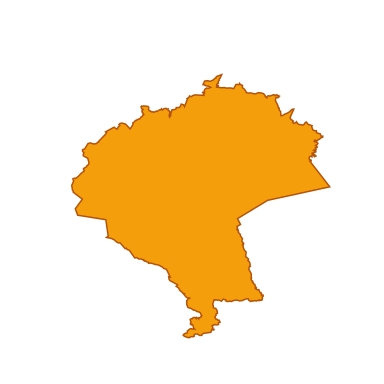 Bocoyna, Chihuahua, Mexico (Robinson projection), rotated 301°
{"feature_id": "50627088B40912895688063", "entity_name": "Bocoyna", "entity_type": "district", "adm_level": 2, "iso_a3": "MEX", "parent_name": "Mexico", "parent_adm1": "Chihuahua", "projection": "robinson", "projection_center": [-107.606, 27.815], "detail": "fine", "context": "isolated", "style": "filled", "palette": "amber", "viewbox_px": 384, "rotation_deg": 301, "n_neighbors": 0, "source": "geoboundaries", "source_scale": "gbopen_adm2", "svg_char_len": 6042}
<svg xmlns="http://www.w3.org/2000/svg" viewBox="0 0 384 384"><g transform="rotate(301 192 192)"><path d="M69.6,268.2L70.7,267.3L72.0,268.0L73.0,269.6L73.0,272.4L74.1,274.2L75.1,274.0L76.7,274.6L81.4,280.4L84.1,279.9L84.9,281.7L85.3,281.8L85.7,281.3L85.3,280.5L85.6,279.8L86.7,279.6L87.6,278.2L88.2,278.0L88.8,279.0L90.1,279.7L90.5,281.2L92.0,283.0L93.6,282.0L94.8,283.1L96.1,281.4L95.5,279.9L95.8,279.1L95.4,277.9L96.5,276.0L98.5,276.2L100.0,275.4L101.0,276.3L101.5,276.1L102.5,275.0L103.0,275.0L104.5,272.3L103.8,270.5L104.1,269.6L105.8,268.6L106.4,267.5L111.0,266.5L111.1,267.5L112.0,267.9L112.3,269.5L113.2,270.7L113.6,273.5L116.2,273.9L116.9,276.5L116.1,276.8L116.2,278.6L118.2,281.0L118.4,282.2L120.4,283.5L122.5,286.1L123.1,288.7L124.9,291.1L127.6,292.9L129.5,295.1L128.5,296.4L128.3,298.6L129.8,299.6L129.7,300.2L131.4,302.0L131.6,303.2L132.9,304.1L133.2,305.0L134.3,305.4L134.0,306.0L134.4,306.1L135.1,307.6L136.7,307.4L138.0,306.3L139.5,306.7L140.3,305.9L139.4,304.6L140.7,303.9L141.2,303.1L140.8,302.7L141.0,301.9L142.7,299.5L142.1,299.0L141.7,297.4L142.5,296.7L141.9,296.0L142.4,295.6L143.3,296.1L143.7,294.6L144.9,293.9L145.2,291.9L145.8,290.5L146.2,290.7L146.3,289.9L146.9,289.6L146.9,288.5L148.0,287.3L148.9,287.4L149.2,286.7L152.3,285.1L155.1,280.4L156.9,279.7L158.3,280.2L158.3,279.6L159.5,279.4L161.1,278.0L161.9,276.6L162.0,275.3L162.9,275.3L163.8,274.5L164.3,271.2L168.4,269.4L169.2,266.7L171.1,264.2L172.7,263.3L172.7,262.6L174.1,263.0L174.1,262.3L174.8,262.2L174.8,261.5L175.6,260.0L178.0,259.3L179.3,256.1L180.2,255.6L180.9,254.2L181.1,252.7L182.3,252.1L183.0,249.7L183.6,249.7L183.7,250.4L185.5,248.3L189.2,250.3L192.6,244.7L223.8,261.1L267.4,307.4L279.1,277.2L280.0,278.2L280.7,277.7L280.3,276.2L280.7,275.4L282.4,274.6L283.3,274.8L284.0,276.8L285.1,275.9L285.7,275.9L286.1,277.0L285.3,278.7L286.7,279.7L287.2,277.4L286.8,275.7L287.1,275.0L290.1,277.5L290.5,277.3L290.2,274.7L290.9,275.0L291.5,276.6L292.6,276.4L292.7,275.5L293.4,274.9L294.6,276.2L295.1,276.2L295.6,273.9L297.1,274.9L298.6,274.8L299.1,272.5L298.1,271.3L298.4,270.6L299.4,270.4L299.9,270.8L300.0,272.3L300.6,273.0L301.7,273.1L302.9,274.1L305.0,274.6L306.1,275.8L307.2,275.4L306.4,274.0L307.9,271.9L306.9,268.3L308.6,267.0L307.9,266.1L307.4,263.7L309.7,260.9L310.7,260.8L309.8,256.6L310.9,254.1L310.0,253.3L308.0,253.3L306.4,252.6L304.8,248.0L306.0,245.3L305.0,245.3L303.1,243.7L303.7,242.3L305.0,242.3L305.3,239.0L306.4,237.7L315.5,236.6L314.9,235.7L313.4,234.8L311.1,234.4L307.4,232.3L306.5,231.3L304.3,230.3L303.2,228.9L306.5,226.6L307.4,224.3L308.8,223.6L308.7,223.0L309.1,222.1L310.3,221.2L313.4,216.3L316.2,215.4L316.9,216.1L316.9,217.0L318.2,217.5L318.5,217.1L319.1,217.4L319.0,216.6L319.6,216.0L319.1,216.2L318.8,214.1L317.3,213.6L317.6,212.0L314.6,209.6L313.7,207.7L312.2,207.1L311.3,207.6L311.5,205.6L312.4,205.0L313.1,202.8L312.5,200.1L311.2,197.5L309.1,196.2L308.3,195.0L307.0,190.8L306.0,189.8L305.3,187.8L305.2,187.2L306.0,186.5L307.1,184.0L307.4,181.5L309.4,180.3L309.0,178.2L309.5,177.0L308.7,177.3L306.8,174.3L302.1,174.5L301.1,171.5L298.8,168.0L298.1,165.7L296.8,164.1L294.5,159.0L295.3,158.6L296.0,160.0L296.7,159.8L296.5,158.4L296.8,157.9L297.9,157.8L298.6,158.7L300.1,157.6L302.0,157.8L302.6,157.1L304.1,157.5L307.9,157.0L303.6,153.5L302.1,153.8L301.8,153.3L299.2,152.6L296.3,150.7L295.4,148.0L293.6,145.7L289.7,146.1L290.3,148.3L290.2,149.3L291.2,151.6L291.3,154.1L289.3,152.6L288.7,151.1L287.0,150.2L285.2,150.3L284.1,151.2L283.0,149.8L282.6,149.9L282.9,151.8L281.3,151.5L280.9,152.4L276.9,144.7L275.1,143.0L273.4,142.3L273.0,140.4L271.9,140.7L269.6,139.7L269.6,140.2L261.3,141.6L262.4,139.9L261.8,137.5L260.1,137.9L257.9,137.6L256.2,135.0L255.2,135.5L254.0,135.0L252.2,132.5L247.2,133.7L246.7,134.4L244.6,134.2L245.5,133.2L249.4,131.8L249.9,130.3L249.6,129.9L250.2,128.9L250.9,128.8L250.2,127.9L250.4,126.9L249.2,125.2L246.9,124.3L247.7,123.0L246.2,122.7L245.5,121.7L243.3,120.8L242.7,120.0L242.9,119.7L240.5,118.1L240.7,117.3L239.8,116.0L240.1,114.5L239.6,113.7L240.5,112.2L242.2,111.4L242.7,110.2L240.9,106.2L240.0,105.5L239.7,104.5L238.8,104.4L237.4,106.0L237.6,107.5L235.8,107.3L235.2,107.7L235.0,108.3L234.4,108.5L234.4,109.4L233.5,110.8L232.7,110.1L231.2,110.5L229.7,109.6L228.0,109.6L225.8,107.7L225.0,107.7L224.2,106.7L221.5,106.2L221.1,105.7L219.0,106.7L214.2,106.5L216.0,100.0L215.0,96.5L213.8,95.1L212.3,94.6L211.7,95.9L209.4,95.2L207.8,95.6L207.1,95.1L207.4,91.8L199.0,86.9L198.8,88.2L197.2,88.2L187.4,85.9L186.5,86.2L186.3,85.7L184.1,85.0L182.5,82.9L181.7,79.5L180.0,77.9L173.3,77.8L172.1,76.4L171.5,76.5L170.4,77.4L170.0,79.3L168.3,79.3L167.0,80.2L167.2,85.3L164.1,88.5L162.6,89.2L160.3,88.4L159.2,88.6L156.4,87.0L155.9,87.0L154.6,88.8L150.7,87.3L146.8,86.5L143.7,85.2L143.3,84.1L142.1,83.1L140.9,84.1L140.6,84.9L135.7,85.5L132.0,88.6L131.4,90.0L130.6,90.4L129.4,101.7L117.5,100.6L113.2,106.0L123.9,132.4L111.0,142.9L109.0,142.1L110.7,147.0L110.9,150.2L110.3,153.6L110.5,155.3L111.4,156.5L109.0,163.9L110.0,164.6L109.3,166.1L109.8,168.2L106.0,176.9L107.4,178.5L107.1,180.7L108.4,182.9L108.6,185.0L109.1,185.4L108.5,185.8L108.6,186.6L108.3,186.8L109.0,187.9L108.8,189.1L109.3,190.6L108.5,191.5L109.4,192.5L110.4,195.1L110.8,197.4L112.1,200.6L112.4,205.2L111.9,207.2L112.6,209.9L107.9,217.1L107.4,215.6L105.4,217.3L104.7,218.6L105.1,227.4L104.5,227.6L103.0,227.0L102.8,229.8L101.2,232.8L101.2,234.5L100.6,235.9L100.8,237.9L100.2,237.6L98.9,241.1L99.0,243.0L100.0,244.6L99.6,244.8L98.9,243.9L96.1,243.4L92.8,245.5L90.9,248.1L91.7,251.2L91.5,254.1L92.2,255.4L92.1,257.8L92.8,260.2L92.7,261.4L91.3,263.1L91.2,264.0L89.7,264.2L89.4,263.6L87.9,263.3L87.6,262.4L86.9,262.8L87.2,262.1L86.2,261.1L86.5,260.6L85.9,260.7L86.4,260.1L85.7,259.5L85.6,258.3L84.2,257.4L83.5,257.5L83.0,256.5L81.6,256.1L79.8,258.3L78.4,258.3L77.9,258.8L77.7,259.8L78.4,260.1L78.4,259.6L78.6,260.3L77.8,262.0L76.3,263.3L75.9,264.6L75.7,263.7L75.0,263.7L74.3,261.2L73.2,260.6L70.6,259.6L68.9,260.5L66.6,258.4L64.7,258.2L64.4,259.8L65.1,263.6L66.0,265.0L67.4,265.5L68.6,267.6L69.6,268.2Z" fill="#f59e0b" stroke="#b45309" stroke-width="1.5"/></g></svg>